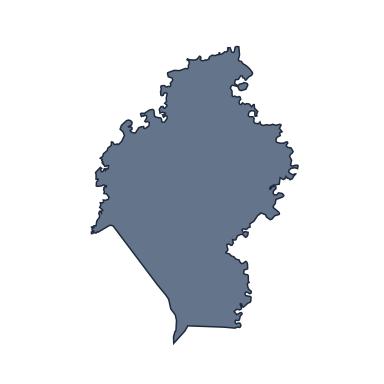 outline of Mueang Yang, Nakhon Ratchasima, Thailand, rotated 282°
{"feature_id": "78962969B16605171909127", "entity_name": "Mueang Yang", "entity_type": "district", "adm_level": 2, "iso_a3": "THA", "parent_name": "Thailand", "parent_adm1": "Nakhon Ratchasima", "projection": "orthographic", "projection_center": [102.902, 15.442], "detail": "fine", "context": "isolated", "style": "filled", "palette": "slate", "viewbox_px": 384, "rotation_deg": 282, "n_neighbors": 0, "source": "geoboundaries", "source_scale": "gbopen_adm2", "svg_char_len": 6104}
<svg xmlns="http://www.w3.org/2000/svg" viewBox="0 0 384 384"><g transform="rotate(282 192 192)"><path d="M133.2,108.5L142.3,118.4L142.6,120.9L142.1,122.2L94.0,177.5L85.6,188.0L82.2,191.5L73.2,195.6L68.3,201.2L63.3,203.5L53.9,205.0L52.6,205.0L52.2,204.4L46.6,204.0L40.2,205.6L54.8,214.1L60.2,215.7L66.4,251.1L67.8,262.4L69.3,264.5L69.4,266.7L70.3,267.5L71.9,267.5L73.5,266.3L73.7,265.2L72.3,262.6L73.0,261.7L74.6,260.9L75.7,261.4L75.8,263.7L76.7,264.9L80.8,265.0L82.8,266.3L83.9,266.0L84.2,265.3L83.7,264.0L81.3,261.3L83.9,258.1L86.7,260.2L86.6,263.1L87.8,264.5L89.0,264.5L92.3,262.4L92.9,262.5L92.6,264.0L90.2,265.1L90.1,266.3L95.0,269.9L96.1,271.7L97.4,272.2L101.0,271.7L101.9,271.1L101.8,266.1L103.2,265.0L104.6,265.0L105.4,265.9L105.5,266.9L104.5,269.6L105.2,270.7L106.2,270.9L107.5,270.2L108.3,268.3L109.7,266.9L113.0,265.3L114.2,265.4L115.5,266.7L116.2,265.7L121.7,264.5L122.6,263.6L122.5,260.5L123.4,259.3L126.6,259.3L128.4,262.4L133.0,261.3L134.7,260.3L135.3,258.9L132.8,256.8L132.3,255.0L133.5,253.4L135.3,252.4L135.4,249.0L137.3,246.5L137.6,243.9L139.3,241.3L139.3,237.9L140.1,237.7L141.8,238.9L143.2,239.1L146.5,237.3L148.0,237.2L148.8,238.4L147.9,241.3L148.4,242.3L150.8,243.0L153.8,241.6L153.9,244.0L154.6,244.9L158.4,245.5L160.6,248.4L161.1,250.1L158.8,253.7L159.5,254.8L161.7,255.6L164.2,255.3L164.3,251.9L162.8,250.7L165.0,248.9L165.8,248.8L166.7,250.5L166.7,253.0L168.9,254.6L169.7,256.1L172.9,255.2L176.4,258.7L182.7,261.1L184.3,262.8L185.9,263.6L185.0,268.7L183.0,270.0L181.2,274.3L182.2,275.9L185.8,277.7L188.2,281.9L189.2,282.0L190.2,281.2L193.7,274.8L194.7,274.3L198.0,275.8L202.2,275.7L205.7,281.4L206.9,282.4L207.9,282.5L209.3,280.6L209.2,276.8L206.8,275.4L206.3,273.0L207.5,271.7L209.1,271.4L211.0,272.0L212.6,273.4L214.4,273.1L214.8,272.2L214.2,269.6L210.9,268.1L211.2,267.4L212.8,267.3L215.2,269.5L217.8,275.7L224.3,275.2L223.2,278.8L224.1,280.1L226.8,280.8L225.3,282.2L225.4,283.9L224.4,285.4L225.8,287.3L228.9,288.3L231.2,289.7L231.2,288.9L229.9,287.5L230.0,286.0L231.3,282.6L233.2,282.3L235.4,283.6L236.1,284.9L237.1,287.6L236.8,290.4L239.7,290.3L240.1,289.6L239.8,287.8L238.1,284.6L238.8,282.8L243.8,282.8L247.0,280.1L249.0,280.4L251.4,282.2L252.8,282.4L255.8,279.6L255.5,276.4L256.4,274.9L257.6,274.5L259.8,275.5L260.7,275.0L260.7,274.1L258.6,270.9L258.0,267.6L258.3,264.4L259.1,263.6L262.1,263.3L263.7,264.3L265.5,266.6L268.2,265.4L269.7,267.6L272.4,264.3L275.6,265.2L276.3,264.9L276.5,263.9L274.7,260.2L275.0,256.8L273.6,254.6L273.3,250.8L271.9,248.0L272.3,245.2L274.6,243.9L272.5,242.7L272.4,239.2L273.8,237.6L276.5,237.6L278.0,236.6L278.3,235.7L277.6,233.1L278.1,231.4L278.8,231.0L281.9,231.2L283.8,233.0L284.2,235.6L283.5,236.8L279.5,237.7L279.3,238.3L279.8,239.6L281.6,239.0L284.4,239.6L286.9,235.8L290.4,234.7L290.2,233.8L287.7,232.7L290.0,229.7L289.8,227.0L288.7,225.6L289.7,222.8L287.8,221.9L287.6,220.6L289.1,219.4L290.8,219.4L292.9,220.4L294.9,219.3L295.2,218.3L294.1,216.5L294.7,213.8L293.8,212.5L294.3,211.3L299.2,210.1L301.5,207.9L304.2,208.5L304.9,209.6L304.7,214.8L301.6,217.2L301.4,219.2L303.7,223.3L308.2,224.4L309.6,223.3L309.9,220.1L308.8,219.1L307.3,215.9L305.7,215.0L305.7,214.3L306.9,211.2L309.7,211.0L310.9,211.4L311.8,214.0L315.5,215.3L316.1,216.2L315.8,217.0L314.4,217.9L314.2,219.5L312.5,221.0L312.7,221.6L316.2,223.4L318.5,226.0L320.6,226.6L321.6,226.1L324.7,222.5L326.9,218.6L328.1,215.1L330.0,213.1L330.0,211.2L330.8,209.8L336.0,210.0L343.8,207.6L343.6,205.3L342.6,204.1L338.1,204.2L337.0,203.5L337.1,201.8L341.0,199.3L340.7,197.3L340.2,196.9L339.4,197.7L338.4,197.3L337.6,197.7L336.1,196.3L335.9,194.9L332.9,192.3L332.5,190.3L333.8,190.2L333.8,189.6L331.8,189.6L331.7,188.4L330.3,186.4L329.9,183.0L327.9,181.2L326.6,180.7L325.6,181.1L323.8,178.4L324.0,177.5L322.9,176.2L322.5,174.1L323.5,172.4L325.0,172.9L326.2,172.2L326.4,171.2L323.0,169.3L321.7,167.5L320.8,162.2L321.3,159.9L320.3,159.6L319.5,161.6L317.5,162.6L315.0,162.1L313.1,162.7L311.6,162.1L311.5,159.9L308.1,154.5L307.3,149.4L303.7,143.5L302.8,143.4L299.8,144.8L299.3,148.7L298.3,149.6L296.7,149.8L294.1,148.2L291.8,149.0L290.5,148.6L290.4,146.7L289.3,145.3L290.4,142.8L289.4,139.8L287.9,139.7L286.1,140.6L283.5,140.4L280.4,141.3L279.9,142.4L280.6,143.7L283.2,144.3L283.5,146.7L283.1,147.3L278.9,147.2L275.2,148.2L273.1,146.8L271.7,149.4L270.9,149.7L268.2,147.9L268.2,146.9L269.6,145.9L269.1,144.0L266.2,142.8L262.5,144.3L263.9,146.4L263.7,149.6L262.4,149.4L261.3,147.1L259.3,148.6L261.4,150.7L260.6,152.1L258.8,152.4L254.8,150.6L254.2,149.3L254.4,147.8L256.9,147.0L257.9,146.1L257.7,141.9L258.2,139.7L264.0,137.7L264.6,136.1L263.2,133.2L259.1,129.2L258.5,126.0L257.6,125.4L255.3,126.8L256.0,127.6L256.1,129.0L257.4,129.9L257.2,131.0L256.4,132.0L255.1,132.3L251.3,131.1L250.8,132.4L251.8,133.7L251.2,135.8L247.9,136.2L244.3,133.0L244.3,131.8L246.0,131.1L245.0,128.3L243.7,126.5L238.1,124.4L237.6,122.5L238.3,119.5L239.2,118.7L240.6,120.2L242.2,120.1L243.2,118.5L242.3,117.1L242.7,116.3L245.1,119.0L247.7,118.9L249.0,117.1L249.2,115.0L248.2,113.1L242.5,109.1L238.5,108.6L236.4,112.1L233.2,114.2L227.0,112.7L223.1,110.2L223.5,108.7L222.5,107.7L222.5,105.9L224.3,104.1L224.2,102.8L220.7,103.3L217.5,100.6L214.7,100.3L211.0,97.4L208.3,97.3L206.0,95.2L205.1,97.5L204.0,97.2L203.0,98.4L201.9,98.0L201.6,99.2L200.4,99.4L200.1,100.6L199.1,101.1L199.2,102.7L200.2,103.3L200.4,104.9L197.2,105.0L197.2,103.8L195.1,102.9L196.8,102.1L196.6,101.4L193.7,100.8L193.0,99.3L194.7,97.9L196.3,98.8L197.0,97.2L191.0,93.6L189.0,94.6L184.5,95.5L185.2,97.3L184.9,97.8L181.6,96.5L178.0,97.1L177.8,98.0L179.0,102.0L180.5,103.8L180.2,107.0L179.0,107.1L178.9,105.5L177.8,104.8L177.1,105.3L176.0,105.0L174.0,106.3L172.2,106.1L172.4,108.8L169.6,111.9L167.3,111.5L165.9,109.0L165.7,106.8L163.9,107.6L162.8,106.9L162.5,104.5L160.3,105.5L157.7,104.9L155.7,108.5L154.5,107.5L152.7,107.8L154.3,106.1L153.6,105.5L151.6,105.3L149.8,106.5L148.0,106.7L143.9,104.9L139.0,105.1L138.6,103.1L137.1,103.6L136.5,103.2L137.3,101.8L136.8,101.0L135.9,101.8L134.0,102.2L133.3,103.9L131.9,101.9L130.4,102.3L130.6,103.3L132.2,105.2L131.8,106.6L133.4,107.8L133.2,108.5Z" fill="#64748b" stroke="#1e293b" stroke-width="1.5"/></g></svg>